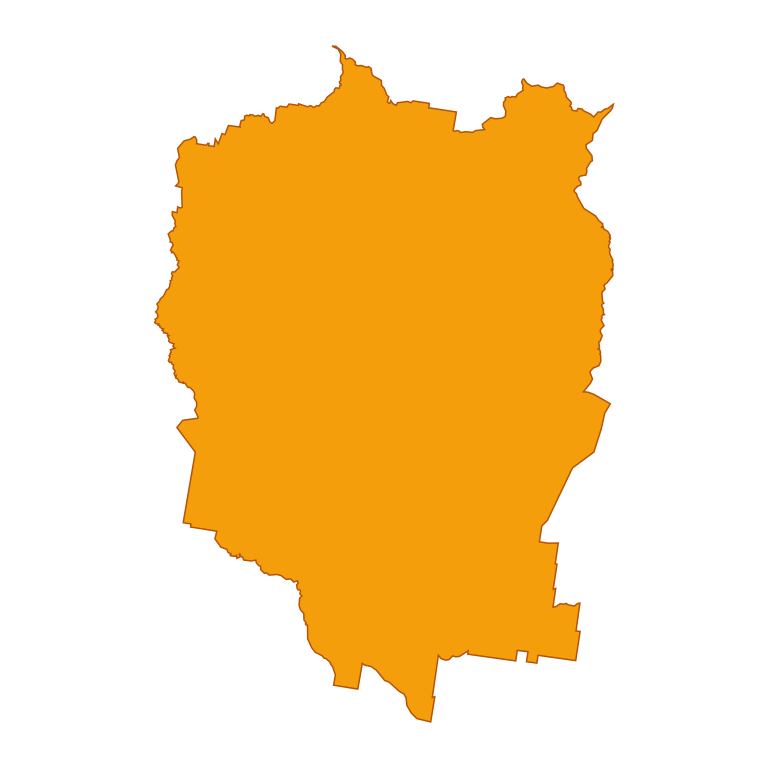 Cardinia, Victoria, Australia
{"feature_id": "25037944B56409622243598", "entity_name": "Cardinia", "entity_type": "district", "adm_level": 2, "iso_a3": "AUS", "parent_name": "Australia", "parent_adm1": "Victoria", "projection": "natural_earth1", "projection_center": [145.459, -38.095], "detail": "fine", "context": "isolated", "style": "filled", "palette": "amber", "viewbox_px": 768, "rotation_deg": 0, "n_neighbors": 0, "source": "geoboundaries", "source_scale": "gbopen_adm2", "svg_char_len": 6067}
<svg xmlns="http://www.w3.org/2000/svg" viewBox="0 0 768 768"><path d="M430.7,721.9L434.8,696.7L432.3,697.5L438.4,655.2L441.0,658.6L445.8,660.2L449.1,659.5L452.8,655.9L455.6,656.8L459.2,656.5L468.2,650.8L467.7,654.2L515.8,660.9L517.2,650.4L528.0,651.7L526.5,661.7L536.9,663.1L538.0,655.3L575.7,660.6L580.1,631.4L576.0,631.0L579.9,603.1L577.3,603.6L574.3,606.1L567.5,604.6L566.4,603.4L563.3,604.2L560.2,603.7L556.0,606.6L553.0,607.1L555.7,588.4L553.2,589.3L557.0,564.1L555.2,563.8L558.3,543.0L548.3,543.2L539.4,541.8L541.8,526.0L547.4,520.3L572.5,467.9L593.9,452.0L601.3,428.8L604.7,413.3L610.3,403.8L594.2,394.5L588.2,392.2L583.4,391.8L590.4,383.2L592.5,379.0L590.0,372.5L590.3,371.3L593.2,368.0L598.9,365.7L600.8,361.4L600.6,354.9L599.8,354.0L600.6,352.9L599.6,349.4L598.1,349.0L599.5,347.5L598.8,342.3L600.1,341.2L602.2,335.7L600.3,331.8L600.5,329.4L604.0,325.7L601.1,319.8L602.1,318.2L601.7,316.5L602.2,315.0L604.4,314.6L603.6,313.7L603.2,308.8L601.6,305.6L601.9,304.3L603.8,303.3L602.6,301.5L601.9,293.7L602.4,291.8L605.1,289.1L604.0,285.3L607.5,282.3L612.8,275.6L612.5,271.1L611.7,270.6L612.3,270.3L611.7,269.5L612.6,269.4L612.0,268.8L612.8,268.7L613.1,264.0L612.2,261.4L612.9,260.5L610.1,254.5L609.5,252.2L610.2,249.3L608.7,247.6L608.6,245.8L610.1,242.1L609.1,241.4L610.4,238.8L609.5,237.7L610.3,237.2L609.6,236.4L610.2,235.4L607.8,231.5L603.5,228.7L603.3,226.9L601.7,227.1L602.7,225.6L602.7,223.8L598.9,220.7L595.5,215.9L583.9,208.5L577.4,196.9L576.6,193.9L574.2,191.4L574.2,190.0L577.4,186.4L580.9,185.0L580.8,182.2L579.0,179.8L578.6,177.7L580.6,176.0L585.8,175.1L586.8,172.1L586.6,168.3L590.4,162.0L592.4,160.8L591.9,155.6L586.4,148.4L585.9,144.9L592.4,140.4L593.1,133.6L596.9,130.7L602.3,118.9L610.4,110.9L612.3,108.2L613.3,104.3L608.0,108.3L604.4,109.4L600.9,112.1L598.1,112.0L593.8,117.0L590.4,114.1L583.4,110.7L582.1,109.1L578.1,108.4L576.6,111.1L572.2,110.3L571.4,107.2L569.8,106.0L571.3,104.0L570.9,101.9L566.5,97.2L565.4,92.3L563.9,90.6L564.2,87.7L563.4,85.2L557.2,83.1L553.6,86.4L546.9,88.0L541.4,87.0L538.2,85.1L531.8,86.3L526.9,83.2L523.8,78.9L522.5,79.6L521.6,82.2L523.1,85.8L522.6,88.3L523.2,90.3L517.6,93.8L515.6,97.1L511.9,96.5L510.4,97.5L508.0,96.6L505.1,98.1L505.5,100.2L503.7,102.1L503.4,105.6L505.8,111.1L505.3,116.4L502.0,118.2L495.6,118.8L490.7,117.6L482.3,124.3L482.7,126.9L484.6,129.6L475.5,130.6L472.6,132.4L465.8,131.7L460.3,132.5L459.1,131.0L457.0,130.6L454.2,131.3L453.2,130.4L456.4,112.0L428.7,107.8L429.4,103.4L413.0,100.9L410.9,102.8L407.7,101.4L397.4,102.8L396.2,105.3L392.9,103.7L390.7,100.5L389.8,103.4L389.1,103.4L387.4,102.0L388.8,96.7L386.9,95.2L384.1,88.1L381.6,85.5L381.4,80.5L373.5,76.1L372.0,74.3L371.1,68.6L368.7,66.6L366.4,67.3L361.5,65.5L357.1,65.8L355.3,64.5L355.4,62.0L352.5,59.2L349.8,58.0L346.6,59.1L345.2,58.5L345.3,55.5L342.3,51.5L335.9,46.3L332.0,46.1L338.3,49.2L340.8,54.4L340.2,61.3L342.5,64.8L342.4,69.7L343.2,71.2L342.9,73.5L340.5,76.6L340.8,80.7L339.4,81.7L339.8,83.6L340.9,84.0L340.9,85.3L340.0,85.5L339.3,88.3L335.8,87.8L334.5,89.4L334.1,91.8L327.3,97.0L324.5,101.5L321.3,102.8L319.0,106.0L316.7,105.7L313.8,107.4L310.5,105.6L307.6,106.8L298.6,103.8L298.4,105.4L289.1,104.0L286.9,107.2L280.2,106.2L278.1,108.1L276.4,107.9L274.8,120.8L272.0,123.4L269.8,121.7L268.2,117.6L264.7,116.5L263.8,113.9L262.8,113.8L260.5,116.5L258.4,115.3L254.5,116.3L253.4,115.1L250.0,114.6L249.4,115.9L246.8,115.2L244.6,116.2L244.6,119.0L243.9,120.1L241.2,120.5L239.8,125.8L240.1,127.0L228.4,125.5L225.0,134.6L222.0,133.6L218.3,143.8L215.3,138.9L214.1,146.5L208.7,145.7L209.0,143.5L207.7,143.3L206.4,145.3L196.7,143.7L196.7,139.9L195.2,137.0L194.1,136.6L190.3,139.2L184.2,140.8L177.6,148.4L179.4,157.6L177.0,160.7L175.4,164.9L178.8,181.5L178.0,183.7L175.6,185.9L182.3,187.8L181.6,191.7L182.2,207.3L180.2,208.0L177.7,206.9L176.9,212.7L172.4,211.6L172.2,215.3L175.2,220.8L174.9,223.8L175.8,226.7L174.1,227.6L173.0,230.9L171.5,231.0L168.2,233.9L170.5,240.5L170.1,241.9L172.3,242.7L172.8,244.2L172.7,246.4L171.7,247.3L170.5,250.6L171.8,251.3L171.6,252.7L173.3,252.4L175.7,255.8L175.9,257.2L177.0,257.7L176.8,260.0L178.9,260.9L177.3,265.0L179.2,267.5L174.5,272.1L172.3,271.8L171.5,273.7L172.8,276.0L171.7,277.5L171.6,280.1L170.1,280.9L170.6,282.5L169.8,283.9L169.9,286.0L168.1,289.3L166.7,289.5L163.7,295.8L160.2,299.0L159.6,301.2L156.9,303.9L158.2,307.0L157.6,309.5L155.6,311.9L157.5,313.8L157.8,316.1L157.4,317.8L155.1,319.2L155.6,320.9L154.7,322.3L155.5,323.5L158.7,324.1L158.1,325.2L159.8,325.6L159.7,326.7L161.6,328.5L163.4,328.9L162.1,330.4L163.5,331.2L163.6,332.8L167.6,333.4L167.5,335.0L168.7,335.6L167.5,335.9L169.1,339.2L168.7,341.0L169.8,342.4L174.0,343.9L172.9,346.5L175.1,348.1L170.5,349.6L171.1,351.8L170.0,353.6L170.6,354.2L169.0,355.7L169.9,356.7L168.4,360.6L169.5,362.3L171.4,362.3L171.8,363.9L173.5,364.8L173.1,368.5L175.1,370.8L174.8,372.5L174.0,373.2L175.3,376.3L176.2,375.7L175.6,377.9L178.0,379.2L178.9,381.9L182.1,382.8L183.3,382.2L183.2,383.2L185.2,383.4L187.7,387.2L190.2,387.7L193.4,390.9L194.7,393.5L194.1,398.0L196.6,402.2L196.7,406.3L194.7,410.0L197.9,416.5L197.9,418.2L182.7,420.3L176.9,427.5L195.3,452.2L183.2,522.7L191.0,524.0L190.5,527.0L216.8,531.2L214.9,538.8L220.8,547.1L226.8,549.4L228.0,552.4L230.9,553.9L230.1,555.0L230.7,555.8L235.3,556.4L236.5,555.4L237.0,558.4L240.5,556.6L239.3,554.7L239.4,554.2L239.7,553.9L240.9,556.5L242.8,557.4L243.6,560.0L251.1,561.0L255.8,560.1L256.2,562.6L258.5,565.4L260.5,566.2L260.8,569.8L264.4,573.3L266.4,572.9L269.2,575.1L276.7,574.5L280.8,575.4L286.3,579.4L290.7,578.9L293.6,582.0L297.5,580.9L298.1,583.4L296.7,584.8L297.0,587.9L298.0,589.8L299.8,589.9L300.5,591.3L299.8,593.8L301.9,595.9L299.6,598.2L299.1,605.5L300.5,609.8L303.8,613.5L304.0,620.1L306.2,622.9L305.4,623.9L306.2,625.1L307.5,625.2L307.7,638.8L311.7,647.7L315.3,652.3L322.1,655.7L323.8,658.0L326.2,658.7L330.6,662.8L330.3,663.5L332.6,666.7L335.4,674.7L333.6,685.2L357.8,689.1L362.3,663.4L364.5,665.0L371.3,666.6L376.4,670.2L384.6,680.4L389.2,682.2L399.5,691.5L403.8,693.8L406.1,698.0L406.8,705.3L411.3,713.1L416.9,718.6L430.7,721.9Z" fill="#f59e0b" stroke="#b45309" stroke-width="1.5"/></svg>